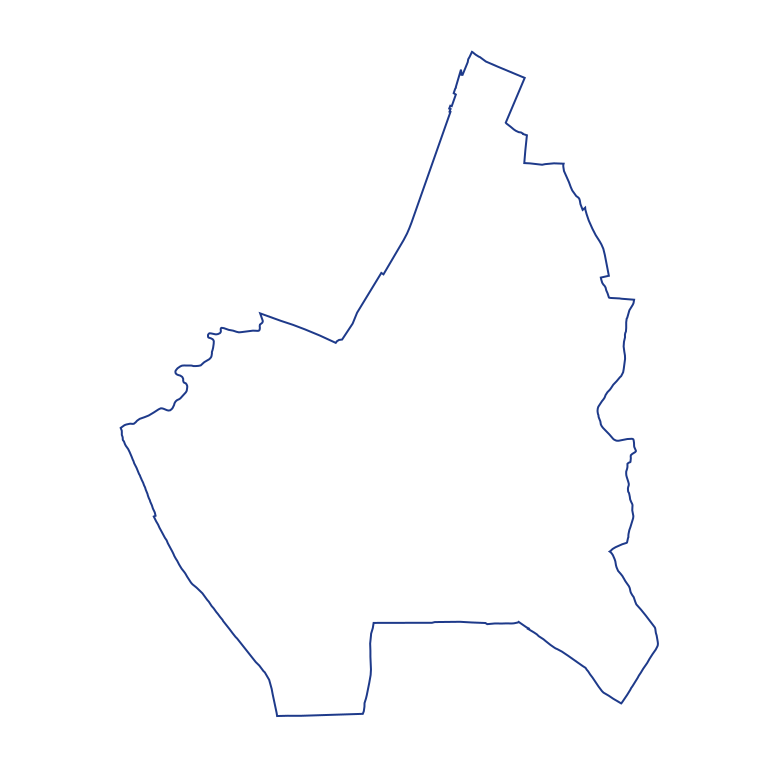 Priponesti, Galati, Romania (Albers equal-area conic projection), rotated 178°
{"feature_id": "2599482B25446233483835", "entity_name": "Priponesti", "entity_type": "district", "adm_level": 2, "iso_a3": "ROU", "parent_name": "Romania", "parent_adm1": "Galati", "projection": "albers", "projection_center": [27.48, 46.089], "detail": "fine", "context": "isolated", "style": "outline", "palette": "blue", "viewbox_px": 768, "rotation_deg": 178, "n_neighbors": 0, "source": "geoboundaries", "source_scale": "gbopen_adm2", "svg_char_len": 6128}
<svg xmlns="http://www.w3.org/2000/svg" viewBox="0 0 768 768"><g transform="rotate(178 384 384)"><path d="M284.5,712.9L287.0,708.0L288.5,705.6L289.1,702.7L294.7,690.2L295.7,690.3L295.6,690.8L296.1,695.5L301.9,678.1L301.8,677.6L302.6,676.5L304.2,672.2L302.1,670.8L306.6,659.3L308.0,659.8L309.2,657.0L307.9,656.5L309.0,653.9L308.1,653.6L350.9,544.3L353.2,538.9L355.7,533.6L359.4,527.1L380.7,493.6L382.8,495.1L383.2,494.5L408.4,456.2L413.2,445.5L424.3,429.9L427.4,429.6L429.5,428.4L430.8,426.8L446.5,434.7L461.0,441.3L472.9,446.3L484.8,450.7L505.3,458.9L503.0,451.5L503.0,450.5L503.6,449.4L505.9,447.7L506.2,446.2L506.1,444.3L506.4,442.6L507.0,441.8L508.0,441.5L513.1,441.9L525.0,440.8L527.2,440.7L529.5,441.3L533.0,442.6L537.2,443.5L542.1,445.4L544.3,445.8L544.8,445.6L545.1,445.2L545.3,444.5L545.2,442.4L545.3,441.8L545.8,441.0L546.3,440.5L548.2,439.7L549.6,439.5L550.6,439.5L554.6,440.5L556.4,440.8L557.0,440.6L557.5,440.2L558.2,439.1L558.2,437.6L558.1,437.0L557.7,436.5L555.4,435.7L553.8,434.8L553.2,434.2L552.6,432.8L552.8,430.2L553.5,426.3L554.1,424.1L554.9,421.9L554.9,420.5L555.4,418.0L555.8,417.0L556.3,416.3L557.7,414.9L562.7,412.2L563.6,411.5L566.5,409.0L568.8,408.6L571.3,408.5L573.9,408.6L575.5,409.1L576.5,409.2L580.3,409.3L582.9,409.5L585.2,409.4L587.0,408.7L589.5,407.1L590.1,406.6L591.6,404.8L592.0,404.0L592.0,402.8L591.9,402.2L591.2,401.2L590.5,400.7L589.5,400.2L587.3,399.5L585.5,398.2L585.1,397.6L584.5,396.1L584.6,394.4L584.3,393.1L583.6,392.2L582.2,391.7L581.3,390.5L580.7,388.8L580.8,387.3L581.3,384.6L581.6,383.7L582.4,382.5L588.1,376.7L589.6,375.8L591.2,375.2L592.6,374.1L593.2,373.4L594.1,371.9L594.5,370.4L595.5,368.5L596.1,367.4L597.1,366.3L598.6,365.2L600.3,365.0L601.8,365.4L605.1,366.9L606.3,367.3L607.7,367.5L608.4,367.3L610.2,366.5L615.2,363.5L620.3,360.7L624.5,359.2L629.3,357.7L631.8,356.1L632.4,355.6L633.4,354.5L635.4,353.0L636.5,352.9L639.1,353.2L643.0,352.5L644.8,351.9L648.7,349.3L647.7,346.5L647.7,344.7L647.8,342.3L647.2,340.5L647.0,339.4L647.0,337.5L646.8,336.9L645.9,335.7L645.0,333.0L644.2,331.3L642.0,328.0L640.6,324.9L638.7,320.0L637.7,317.1L637.1,315.8L636.4,313.4L634.3,309.0L631.9,302.5L631.2,301.3L630.5,299.2L630.0,298.1L629.6,296.9L628.2,293.8L627.3,291.0L626.4,289.0L625.8,286.7L624.2,282.4L623.9,280.9L623.0,278.1L622.1,276.1L621.7,274.5L620.2,270.8L619.3,267.6L617.6,263.7L616.9,260.3L618.7,259.6L616.5,254.7L614.7,251.4L613.4,248.2L611.9,245.2L608.3,237.9L606.7,235.4L605.6,232.4L601.4,223.9L600.3,221.4L599.5,219.3L598.1,216.6L596.9,214.6L595.1,210.8L594.0,208.8L592.7,206.5L590.2,203.1L589.2,201.6L587.4,198.2L583.8,192.2L582.4,190.5L578.5,187.1L572.8,181.2L568.2,174.4L566.7,172.6L564.0,168.1L562.1,165.8L559.6,162.0L557.9,159.8L556.0,157.0L553.6,153.9L553.1,152.8L547.2,144.8L544.0,140.2L541.2,136.4L539.7,134.8L521.9,110.6L518.4,106.9L514.5,101.3L513.2,100.0L509.1,92.4L506.9,83.2L506.1,77.9L502.8,59.1L502.4,55.9L491.9,55.8L478.1,55.3L416.7,55.1L415.6,57.7L414.8,62.2L414.6,65.8L413.0,70.3L412.1,73.5L409.2,85.7L407.5,93.7L407.0,99.1L407.1,111.9L406.9,117.9L406.9,125.1L405.8,133.0L405.6,134.9L403.7,140.5L402.7,145.6L344.3,143.7L341.5,144.3L316.4,143.7L304.5,142.6L291.0,141.6L289.2,140.4L281.8,140.8L274.0,140.5L269.8,140.5L264.8,140.2L262.5,140.3L258.4,141.0L257.8,141.6L250.0,135.8L248.0,134.7L248.6,134.2L243.1,130.7L240.0,128.5L238.2,126.6L233.5,123.3L231.4,121.4L226.7,117.4L223.1,114.7L221.8,113.8L220.1,113.0L215.6,110.4L209.5,106.0L195.4,95.3L192.5,93.3L191.3,91.3L190.0,89.7L188.1,86.5L185.9,83.4L180.1,74.1L176.9,69.5L175.4,67.9L170.2,64.6L165.8,61.4L158.1,56.5L157.5,57.1L151.8,64.9L148.4,70.0L147.7,71.4L146.3,73.2L140.8,81.4L139.4,83.8L137.5,86.4L134.9,90.4L130.7,96.0L128.2,100.1L125.1,104.6L121.7,109.1L119.9,112.3L119.5,113.4L119.3,114.9L119.4,116.6L120.3,123.1L121.0,125.8L121.4,129.7L121.7,131.0L122.2,131.8L130.5,143.5L135.1,149.6L139.5,154.9L140.4,157.3L141.9,162.3L143.3,164.4L144.5,166.7L144.9,167.9L145.5,171.3L146.2,173.2L149.6,178.4L152.4,183.7L154.0,185.9L156.6,189.1L158.0,192.7L158.5,194.8L159.0,198.7L159.6,200.8L161.2,204.9L162.3,206.7L163.5,208.1L164.3,208.7L163.3,209.3L162.4,210.2L161.2,211.2L158.3,212.8L151.6,215.5L147.0,216.8L146.6,217.3L145.5,221.6L145.1,222.4L145.1,223.7L144.9,225.4L143.9,229.5L142.8,232.2L139.7,241.2L139.4,243.3L140.3,249.1L140.0,252.8L139.9,253.6L139.9,254.5L140.2,255.6L141.0,257.3L142.0,260.0L142.3,262.9L142.8,265.7L143.0,266.6L143.6,267.6L143.8,268.4L143.9,270.8L143.6,272.4L143.0,274.0L142.8,275.5L143.3,277.8L144.6,282.4L145.0,284.2L145.1,286.0L145.0,288.0L144.0,290.8L143.6,292.6L143.5,295.7L142.4,296.7L140.7,297.3L140.4,297.6L139.9,301.3L140.0,302.7L139.8,304.2L138.3,305.5L135.3,307.2L134.6,308.1L134.6,308.6L136.0,312.1L136.2,313.1L136.2,316.6L136.5,319.2L136.8,320.0L137.4,320.4L138.3,320.6L142.8,320.5L151.5,319.1L153.3,319.2L154.3,319.5L156.0,320.4L156.9,321.2L160.6,325.8L166.5,332.3L167.8,334.1L168.7,336.0L169.1,339.1L170.5,343.0L170.7,343.8L170.8,345.5L171.2,346.5L171.5,348.8L171.5,350.1L171.2,352.1L170.6,353.8L166.8,359.2L165.3,360.9L164.0,362.7L162.9,365.3L162.1,366.4L161.0,368.0L158.5,370.4L157.3,371.9L154.9,375.3L151.4,378.7L148.0,382.5L146.7,383.6L144.6,387.4L143.9,390.6L142.2,400.7L142.2,404.1L142.7,407.9L143.2,413.1L142.7,417.8L141.5,422.3L141.5,424.7L141.1,426.5L140.4,428.0L140.0,431.5L139.8,437.2L139.2,440.8L138.6,441.7L136.2,449.1L132.5,454.7L131.8,456.2L131.1,459.5L143.5,460.9L145.7,461.3L153.6,462.0L155.3,462.2L156.2,462.6L157.4,466.8L158.6,469.8L159.2,472.7L160.2,474.5L161.3,475.7L162.4,477.6L163.3,481.0L163.6,482.8L155.5,484.3L158.8,505.3L160.1,511.5L161.9,516.0L162.8,517.7L163.4,518.9L167.2,525.3L170.3,531.9L173.7,540.3L175.6,546.7L176.7,551.3L176.8,553.2L179.4,551.1L181.4,556.9L181.9,560.6L182.5,562.6L183.6,563.8L185.3,565.1L189.1,570.8L190.5,574.3L192.1,579.2L196.7,590.6L197.2,594.9L197.2,596.6L196.8,597.9L206.4,598.6L215.3,598.1L218.3,597.6L230.4,599.4L236.1,599.9L234.6,612.5L232.5,627.6L236.4,629.0L236.4,629.4L238.3,630.6L240.6,631.0L243.5,632.5L245.4,633.9L248.5,636.7L252.6,640.1L253.2,640.9L232.7,685.0L259.3,697.2L270.9,702.7L276.8,707.4L277.8,707.8L281.0,710.0L284.1,712.7L284.5,712.9Z" fill="none" stroke="#1e3a8a" stroke-width="2"/></g></svg>